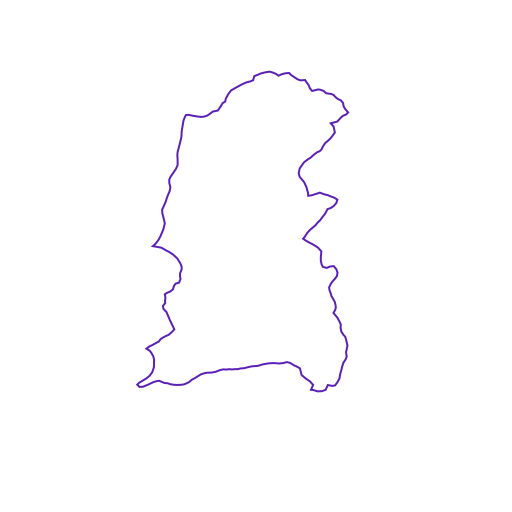 outline of Pederneiras, São Paulo, Brazil, rotated 218°
{"feature_id": "56859067B46538845072755", "entity_name": "Pederneiras", "entity_type": "district", "adm_level": 2, "iso_a3": "BRA", "parent_name": "Brazil", "parent_adm1": "São Paulo", "projection": "albers", "projection_center": [-48.87, -22.29], "detail": "fine", "context": "isolated", "style": "outline", "palette": "violet", "viewbox_px": 512, "rotation_deg": 218, "n_neighbors": 0, "source": "geoboundaries", "source_scale": "gbopen_adm2", "svg_char_len": 3859}
<svg xmlns="http://www.w3.org/2000/svg" viewBox="0 0 512 512"><g transform="rotate(218 256 256)"><path d="M271.8,425.9L276.1,426.7L279.0,427.8L281.5,430.1L284.9,430.9L288.3,430.1L291.6,430.2L293.9,430.7L296.5,430.0L298.9,428.6L301.0,427.4L304.3,427.7L307.4,426.7L309.5,425.6L311.2,423.4L313.4,420.6L316.9,421.4L319.5,423.0L322.7,423.9L325.6,424.9L329.1,421.8L332.1,420.8L336.3,420.5L340.2,420.2L342.6,420.6L345.6,417.8L347.6,415.1L349.2,412.0L352.5,411.8L355.4,411.0L358.7,409.7L360.7,407.6L362.6,405.4L364.5,402.9L366.1,400.0L368.1,396.7L366.5,392.8L367.7,390.5L370.5,386.8L372.9,382.3L375.5,376.3L377.6,371.1L377.5,366.3L376.7,361.6L375.4,358.7L376.4,355.9L375.9,351.4L375.6,347.1L378.9,343.3L380.1,338.9L380.9,336.6L382.9,333.6L384.7,332.0L388.0,329.9L391.6,327.9L396.1,325.7L398.0,323.9L397.4,320.9L396.6,318.3L395.2,315.6L393.1,311.8L391.4,308.6L389.8,306.4L388.0,303.7L386.9,301.4L385.2,297.6L383.7,294.1L381.8,289.7L380.2,287.2L377.1,283.7L373.7,279.3L372.7,275.3L372.1,265.7L371.4,262.8L369.2,260.1L365.8,257.5L363.9,253.7L363.2,250.9L362.1,247.1L360.5,243.0L359.5,238.9L358.5,234.7L356.2,232.1L350.4,227.6L347.9,225.5L345.4,219.9L343.6,213.2L342.8,209.2L342.7,206.3L342.8,203.2L343.3,200.3L335.7,204.3L329.9,205.1L327.1,205.7L322.4,206.1L320.0,205.9L316.6,205.6L311.0,203.6L308.2,201.9L306.5,200.0L305.2,195.7L303.3,193.1L301.4,191.5L300.2,187.7L302.3,184.8L302.3,182.1L300.9,178.6L301.8,174.9L303.4,172.3L304.3,169.7L301.5,167.2L300.3,164.9L298.6,163.0L298.6,159.3L296.2,157.3L292.3,156.8L289.3,155.2L286.9,153.9L284.3,152.4L280.0,150.3L275.2,147.9L275.5,144.4L276.3,140.0L277.9,137.2L279.0,134.6L280.0,131.8L279.9,128.9L281.3,125.7L282.8,122.1L284.3,119.2L285.3,115.5L281.3,115.9L278.5,115.1L275.0,113.6L272.6,111.7L267.9,105.4L266.2,100.5L266.1,96.0L267.0,92.1L268.7,87.6L270.0,84.5L270.4,81.5L267.2,81.1L264.4,83.6L263.0,86.2L261.5,88.8L260.3,91.3L259.0,93.7L257.3,96.2L255.4,98.1L253.0,98.7L249.9,99.6L247.2,101.4L244.9,102.1L242.2,103.5L239.3,105.4L235.7,108.4L233.7,110.5L232.5,112.6L231.1,115.5L230.4,118.9L228.8,122.6L227.7,125.7L226.6,128.7L224.5,131.9L222.4,134.2L219.2,136.8L216.5,139.9L214.1,144.0L212.1,146.4L209.3,148.4L207.6,150.2L205.1,151.8L203.0,153.8L200.7,155.6L199.0,157.8L196.2,160.4L194.6,162.5L192.5,165.2L190.0,167.8L187.7,169.7L185.9,171.9L184.2,174.5L182.5,176.4L180.3,178.8L177.7,181.2L175.1,183.3L172.0,185.2L168.9,188.1L166.3,191.4L164.0,192.5L161.7,193.0L159.3,193.1L156.3,193.9L152.2,194.5L146.8,190.3L141.3,190.1L136.4,190.4L131.6,189.6L130.3,184.4L128.3,185.7L124.2,187.2L120.8,190.1L118.7,193.5L120.0,198.5L115.8,200.7L114.0,202.7L114.1,206.3L114.9,211.1L116.2,213.3L117.3,215.6L118.8,219.3L120.0,221.9L121.4,225.7L121.7,229.7L122.7,232.7L125.8,235.6L128.7,241.6L132.9,245.1L135.9,247.3L138.5,247.7L142.1,248.9L145.0,251.3L147.0,254.2L150.0,255.8L153.9,257.5L157.0,258.2L159.9,258.8L160.4,262.2L161.4,264.6L163.5,266.6L165.8,268.4L169.3,269.9L171.8,270.8L173.9,272.4L176.9,274.2L179.0,276.1L179.9,280.0L180.1,283.0L179.8,286.2L179.8,289.7L181.5,293.1L184.5,295.0L188.5,295.9L191.2,293.3L192.9,290.2L196.6,288.6L198.9,289.6L202.0,292.2L204.3,295.1L205.9,297.7L207.5,299.9L212.3,300.8L216.2,300.4L219.8,299.9L222.2,299.4L225.3,298.9L229.5,298.6L229.4,301.3L229.8,305.8L229.5,310.0L228.6,314.3L228.0,317.1L228.0,320.1L227.5,323.6L227.6,327.3L227.6,331.7L228.1,334.7L228.5,337.1L226.8,339.5L225.6,342.9L225.3,347.2L226.6,350.5L230.0,350.2L234.1,348.9L236.8,348.2L240.0,346.7L244.7,345.2L249.6,338.0L251.9,335.6L254.3,338.1L256.7,339.8L258.6,341.3L263.5,343.8L270.4,345.3L273.4,347.6L275.5,352.0L275.8,357.1L275.8,359.6L274.7,363.9L273.5,367.1L272.8,371.3L271.7,375.4L270.3,377.9L270.0,380.7L270.7,383.2L271.0,387.5L270.3,391.0L269.8,394.0L269.7,396.9L269.9,401.9L274.6,405.8L278.8,406.6L276.8,409.2L274.7,412.0L274.3,417.6L273.7,420.2L272.1,423.0L271.8,425.9Z" fill="none" stroke="#5b21b6" stroke-width="2"/></g></svg>